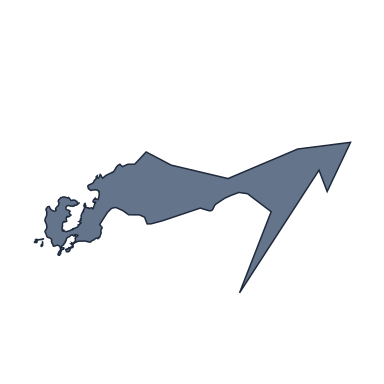 Garðabær, Reykjavík, Iceland (Albers equal-area conic projection), rotated 303°
{"feature_id": "244011B25721014671193", "entity_name": "Garðabær", "entity_type": "district", "adm_level": 2, "iso_a3": "ISL", "parent_name": "Iceland", "parent_adm1": "Reykjavík", "projection": "albers", "projection_center": [-21.974, 64.042], "detail": "fine", "context": "isolated", "style": "filled", "palette": "slate", "viewbox_px": 384, "rotation_deg": 303, "n_neighbors": 0, "source": "geoboundaries", "source_scale": "gbopen_adm2", "svg_char_len": 5754}
<svg xmlns="http://www.w3.org/2000/svg" viewBox="0 0 384 384"><g transform="rotate(303 192 192)"><path d="M222.9,214.9L203.2,159.9L200.6,131.7L184.1,128.8L180.4,123.1L175.3,119.8L176.0,116.4L174.4,115.5L172.8,115.1L171.2,115.0L167.8,115.3L165.5,114.9L165.0,114.7L165.1,114.3L163.8,113.7L159.5,111.0L157.3,110.2L155.0,109.6L155.3,108.3L156.5,106.4L156.7,105.5L153.8,106.0L152.7,105.8L152.2,105.3L152.3,104.7L152.6,104.3L153.9,103.7L152.8,103.3L151.7,104.0L150.5,104.3L148.4,103.8L148.1,103.8L147.7,104.1L145.7,104.1L144.5,103.5L141.6,101.6L140.4,101.3L139.4,102.1L138.6,103.4L138.3,103.4L138.3,104.8L138.1,105.5L138.2,106.3L138.4,106.6L140.0,108.1L140.8,109.5L141.3,109.7L141.6,110.3L142.0,112.1L142.0,112.5L141.8,113.0L141.8,113.8L141.2,113.9L140.9,114.2L140.7,114.7L138.7,115.9L135.0,117.3L134.2,117.1L134.0,115.9L134.1,115.2L134.0,114.8L133.3,114.9L133.0,114.4L133.6,114.1L132.8,113.9L131.1,113.8L130.0,114.2L129.8,114.6L129.8,115.2L130.3,115.8L130.2,116.0L130.3,116.2L130.9,116.7L130.7,117.0L129.7,117.0L129.3,116.8L125.0,118.0L123.8,118.0L123.8,117.8L124.2,117.2L124.2,116.5L123.3,115.7L122.8,115.0L122.0,114.7L121.9,114.5L122.2,113.8L122.2,113.5L121.8,113.0L121.9,112.7L121.8,112.4L121.4,112.2L121.5,111.9L121.5,111.6L121.3,111.4L121.2,111.1L121.5,110.9L122.7,110.4L122.9,110.2L123.1,109.4L123.7,109.1L124.2,108.6L123.9,108.3L123.1,108.3L123.0,108.9L121.8,108.8L121.9,109.1L121.8,109.4L121.0,109.5L120.5,110.3L120.0,110.7L118.1,110.8L117.3,111.1L116.7,111.0L116.4,111.7L115.7,111.3L114.8,111.3L111.9,111.8L109.5,113.5L108.7,113.1L108.1,113.4L108.0,113.5L108.0,114.1L107.8,114.3L107.3,113.7L106.4,113.8L105.8,113.5L106.0,114.0L105.7,114.3L105.7,115.0L105.8,115.5L105.7,115.7L105.5,115.9L104.6,115.3L103.5,115.4L102.5,114.4L102.3,114.5L102.2,115.0L101.9,115.2L100.2,114.9L98.0,113.7L97.0,112.6L96.6,112.5L96.2,112.7L96.0,112.4L96.0,111.9L95.8,111.9L95.4,112.3L95.2,112.2L94.9,111.6L93.2,110.7L90.1,108.0L89.9,107.3L89.8,105.8L90.1,105.3L89.2,105.4L89.2,105.1L88.9,104.8L88.9,104.6L89.1,104.3L90.9,102.7L91.7,102.4L92.6,102.2L94.4,100.9L95.1,100.6L96.4,100.4L97.4,100.5L97.9,101.2L97.9,101.4L97.6,101.7L99.1,102.9L99.4,102.9L100.6,101.4L101.7,100.6L103.5,100.5L103.6,100.8L103.3,101.4L103.4,101.5L104.9,102.6L105.8,102.7L106.5,103.1L106.9,102.8L106.8,102.6L106.8,102.1L107.0,101.4L107.6,100.5L108.1,100.2L109.1,100.4L109.4,100.2L109.6,99.5L109.5,98.1L108.9,96.9L108.9,96.4L109.2,95.4L110.3,94.6L111.8,94.6L112.8,95.2L113.4,95.9L113.6,96.1L113.6,96.6L113.8,96.8L114.0,97.9L114.6,98.8L115.0,99.7L115.5,100.0L115.8,100.6L116.2,100.8L116.9,100.6L117.1,101.2L117.4,101.3L117.9,102.1L118.8,102.6L119.6,102.7L120.8,103.4L121.2,103.2L120.3,102.3L120.2,102.0L120.3,101.8L121.3,100.9L121.4,100.6L121.2,99.3L121.4,98.3L120.7,97.3L120.6,96.6L120.0,96.5L119.6,95.8L119.0,95.4L119.1,94.7L119.3,94.3L120.2,91.5L120.1,91.3L119.2,90.7L118.5,87.9L117.5,86.4L116.5,85.9L115.9,85.0L113.8,84.8L112.6,84.4L111.9,84.6L111.0,85.2L110.9,85.4L110.9,85.9L110.5,86.3L108.9,87.1L107.7,87.2L106.0,86.8L104.0,86.6L103.2,87.0L102.8,88.0L102.0,87.9L101.3,87.4L101.0,87.0L100.6,85.8L100.4,84.8L100.4,83.8L100.5,83.1L101.4,81.2L102.1,80.2L101.9,79.9L100.8,78.9L97.9,78.9L96.0,81.2L92.8,83.0L90.3,83.2L87.8,84.2L85.9,87.2L84.4,88.7L83.0,89.7L81.5,90.1L79.1,90.0L78.4,90.6L77.3,92.5L75.7,94.4L75.4,95.1L75.4,95.6L75.8,97.2L76.0,98.1L75.9,99.3L75.7,99.9L75.2,100.6L74.2,100.8L73.5,101.7L73.0,102.0L72.8,102.4L72.2,104.1L71.4,104.6L71.1,105.0L71.1,105.4L72.1,106.5L73.7,107.7L74.2,108.3L74.4,109.7L74.3,110.3L74.0,111.3L72.0,113.3L68.9,113.0L67.9,113.4L66.8,113.4L66.3,114.2L66.4,114.9L66.8,115.3L69.0,115.4L69.3,114.9L69.4,114.7L72.4,114.3L73.3,114.7L74.0,115.5L74.3,115.5L75.1,115.3L75.4,114.8L74.9,114.3L74.6,113.4L74.3,112.9L74.3,112.6L75.1,112.2L76.1,112.4L77.8,113.1L78.5,112.8L78.9,113.0L79.7,112.9L80.1,113.2L81.3,113.0L81.7,112.6L82.6,112.9L84.1,112.3L85.5,112.2L86.4,112.5L87.6,113.3L87.9,113.6L89.3,113.8L90.4,114.5L90.8,115.1L90.7,115.5L91.0,116.2L90.7,116.7L90.8,116.8L91.4,116.8L91.1,117.1L91.4,117.5L91.3,117.8L91.5,118.1L92.0,118.0L92.7,117.6L92.9,117.6L93.5,119.3L93.5,119.9L93.4,120.0L92.6,120.0L91.0,119.3L89.4,119.2L89.0,119.8L87.7,120.9L87.5,120.7L86.4,120.7L84.7,120.2L84.1,120.3L84.0,120.2L83.9,119.2L83.6,119.8L83.4,119.6L83.5,119.0L83.0,119.0L82.7,118.7L82.7,119.0L82.5,119.3L83.0,119.6L82.6,119.7L82.7,120.1L82.7,120.3L82.0,121.1L81.4,120.9L80.6,121.2L80.1,121.0L79.8,120.3L78.8,120.2L78.2,119.0L77.8,119.2L76.8,119.0L76.6,118.9L76.5,118.4L75.9,118.3L75.7,117.9L75.3,117.6L75.6,117.2L74.7,117.7L74.3,118.4L73.6,119.0L73.8,119.9L74.5,120.8L75.8,121.4L76.3,121.4L77.2,120.9L79.2,121.1L79.8,121.3L80.3,122.1L81.2,122.2L81.9,121.8L82.7,120.8L83.4,120.8L85.1,121.1L87.4,122.4L89.0,123.7L90.6,126.0L91.2,127.2L91.9,127.8L92.4,128.5L94.0,133.0L94.5,133.9L94.9,134.2L96.5,134.5L98.6,135.9L100.6,136.5L101.9,137.7L102.2,138.3L102.0,138.5L102.3,138.5L102.5,138.8L103.1,138.6L103.3,138.8L103.2,139.0L103.4,139.1L103.6,138.8L104.2,139.1L108.3,138.1L109.1,137.2L109.7,137.0L110.3,136.3L113.0,136.2L113.5,135.4L114.4,132.3L128.9,132.2L133.9,133.3L135.2,134.0L136.9,135.8L137.7,137.2L138.7,144.2L138.4,151.3L144.2,160.4L145.0,166.0L140.8,171.8L143.0,175.0L151.4,182.6L183.0,207.7L185.5,216.3L186.3,217.7L187.1,218.5L188.5,218.9L193.4,218.3L194.8,218.6L204.7,222.9L210.6,226.7L217.2,231.6L220.8,239.5L218.6,269.1L133.3,286.8L279.5,286.6L266.0,305.1L320.0,297.9L285.7,257.3L222.9,214.9ZM67.4,87.1L66.7,86.7L66.1,87.3L65.4,87.2L65.0,87.4L64.3,87.1L64.1,87.3L64.0,87.6L64.7,88.9L65.2,89.3L65.7,89.3L65.9,88.8L67.0,88.7L67.5,88.8L68.6,89.7L70.8,92.5L72.4,93.2L71.1,92.3L69.4,90.5L67.8,88.4L67.7,87.4L67.4,87.1ZM67.9,94.6L68.7,94.0L68.7,93.9L66.8,94.7L65.3,94.4L64.3,95.1L64.5,95.5L65.9,95.8L66.3,95.6L66.5,95.2L67.9,94.6Z" fill="#64748b" stroke="#1e293b" stroke-width="1.5"/></g></svg>